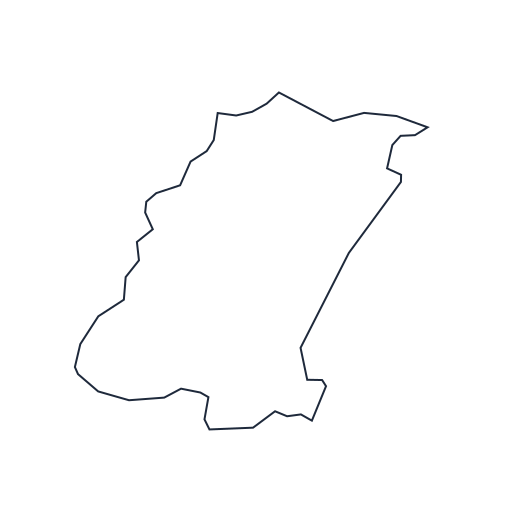 SVG path tracing the border of West Berkshire, rotated 296°
{"feature_id": "GBR-5700", "entity_name": "West Berkshire", "entity_type": "Unitary Authority", "adm_level": 1, "iso_a3": "GBR", "parent_name": "United Kingdom", "parent_adm1": "", "projection": "mercator", "projection_center": [-1.328, 51.443], "detail": "fine", "context": "isolated", "style": "outline", "palette": "slate", "viewbox_px": 512, "rotation_deg": 296, "n_neighbors": 0, "source": "natural_earth", "source_scale": "10m", "svg_char_len": 769}
<svg xmlns="http://www.w3.org/2000/svg" viewBox="0 0 512 512"><g transform="rotate(296 256 256)"><path d="M446.9,353.8L434.3,345.9L427.4,333.3L415.5,329.9L392.2,335.4L392.6,350.8L386.1,353.8L299.5,338.1L193.0,336.3L167.2,356.3L173.5,369.8L169.7,376.0L132.5,378.4L133.3,365.8L125.6,354.2L124.8,341.2L100.4,328.6L79.7,290.2L86.6,281.3L108.3,275.1L108.9,265.8L103.9,246.8L88.5,235.6L70.7,205.1L67.9,189.4L65.1,173.5L71.8,147.8L76.8,141.9L99.8,136.7L132.7,140.7L158.8,156.4L179.9,148.1L200.8,152.7L216.4,142.8L234.8,151.5L246.5,137.3L256.7,133.6L268.8,138.8L286.3,156.8L312.2,155.8L328.7,165.7L341.7,167.2L367.7,158.9L373.6,176.6L383.9,189.3L397.6,198.8L413.0,204.9L411.1,266.1L432.0,290.4L443.4,320.9L446.9,353.8Z" fill="none" stroke="#1e293b" stroke-width="2"/></g></svg>